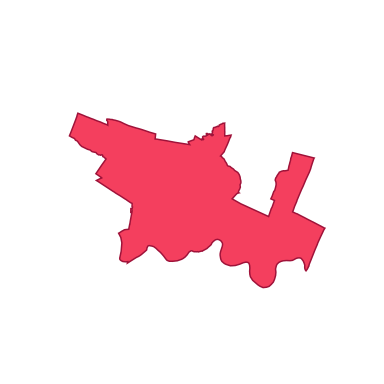 Doljesti, Neamt, Romania, rotated 304°
{"feature_id": "2599482B42576561544247", "entity_name": "Doljesti", "entity_type": "district", "adm_level": 2, "iso_a3": "ROU", "parent_name": "Romania", "parent_adm1": "Neamt", "projection": "mercator", "projection_center": [26.991, 47.029], "detail": "fine", "context": "isolated", "style": "filled", "palette": "rose", "viewbox_px": 384, "rotation_deg": 304, "n_neighbors": 0, "source": "geoboundaries", "source_scale": "gbopen_adm2", "svg_char_len": 6012}
<svg xmlns="http://www.w3.org/2000/svg" viewBox="0 0 384 384"><g transform="rotate(304 192 192)"><path d="M288.5,274.3L280.9,253.3L276.9,254.7L276.2,254.8L275.6,255.0L275.1,255.1L273.3,256.0L270.2,257.0L269.9,257.2L267.9,257.8L263.8,259.5L261.5,257.2L260.8,256.0L259.4,254.7L257.2,253.3L255.9,253.5L255.4,253.4L253.4,253.4L252.9,253.4L252.2,253.6L250.4,253.6L249.1,254.0L248.3,254.4L247.4,255.7L247.0,256.2L245.5,257.4L244.1,258.1L241.7,259.0L239.5,259.7L238.2,259.5L233.2,260.8L230.4,261.2L231.1,265.1L224.1,266.9L222.6,267.0L214.5,269.2L214.0,266.2L209.5,239.0L209.0,232.6L208.8,229.1L214.6,229.9L215.6,230.1L216.5,230.5L217.6,231.5L217.6,231.1L217.7,230.6L218.8,230.2L219.6,230.0L221.1,229.9L222.1,229.6L223.0,229.4L223.5,229.0L224.8,227.8L226.7,227.5L227.4,227.1L228.5,226.3L230.0,224.6L231.3,223.5L232.7,221.6L233.4,220.1L233.7,219.3L233.8,218.8L233.7,215.3L234.2,213.6L234.2,212.8L234.2,210.6L234.4,209.5L234.4,209.1L233.8,207.7L233.7,207.3L233.8,206.7L233.9,206.3L234.3,205.8L234.9,204.9L235.4,203.9L235.9,202.5L237.2,200.3L237.3,199.9L237.4,199.4L237.4,197.9L237.8,197.1L237.9,196.7L237.9,196.0L237.8,195.5L243.4,196.2L243.6,196.1L245.8,195.6L250.9,194.8L254.3,194.1L257.6,193.3L259.5,193.2L260.1,192.8L261.0,192.6L260.4,191.9L259.5,190.9L258.8,190.2L258.0,189.4L257.8,189.0L256.8,187.8L259.1,186.2L259.5,186.0L260.3,185.5L260.4,185.3L263.7,183.1L264.6,182.4L266.9,180.8L267.4,180.6L267.0,180.1L266.7,179.9L266.6,179.6L266.2,179.1L264.9,178.6L264.0,177.8L262.8,177.3L262.7,177.2L262.3,177.4L261.4,177.4L261.0,177.2L260.9,177.1L260.9,176.5L260.3,176.1L259.9,176.0L259.4,175.5L258.4,175.0L258.3,174.9L258.1,174.5L257.9,174.2L257.7,174.2L257.4,174.0L256.9,174.0L256.6,174.1L255.9,174.5L255.4,174.7L254.7,174.9L253.7,174.7L253.4,175.4L253.1,175.6L251.5,175.9L251.1,176.3L251.1,176.6L251.4,177.3L251.4,177.6L251.1,177.7L250.7,177.7L250.2,177.5L249.7,176.8L249.7,176.4L249.8,175.8L250.4,175.1L250.4,174.9L249.9,174.5L249.8,174.3L249.9,174.0L249.3,173.8L249.1,173.5L249.2,172.9L249.2,172.5L248.8,172.6L248.4,173.0L247.8,173.1L247.7,172.9L247.7,172.6L247.8,172.4L248.5,171.7L248.6,171.3L248.5,171.2L248.3,171.3L247.7,171.9L246.9,172.3L246.2,172.3L246.0,172.1L245.4,171.4L245.0,170.6L244.8,170.4L244.1,170.0L243.5,170.0L243.0,170.7L242.8,171.0L242.5,171.1L242.4,171.1L242.2,170.9L242.1,170.7L241.8,170.6L241.7,170.8L241.7,171.1L241.8,171.3L242.2,171.8L242.2,172.1L241.7,172.1L241.3,171.5L241.0,171.1L240.6,171.0L240.4,167.3L240.3,163.3L238.0,163.8L237.0,164.2L236.3,164.3L231.5,160.8L231.1,161.2L230.0,163.6L223.7,150.2L220.6,143.0L217.0,135.2L216.3,133.6L215.3,131.8L219.8,129.4L217.7,122.9L217.5,122.0L215.7,115.5L214.4,111.4L214.0,110.4L211.5,102.2L210.7,97.7L210.2,94.0L210.0,93.0L209.6,91.5L208.6,88.4L207.7,86.3L207.6,85.6L207.1,84.7L206.7,84.1L206.0,82.5L204.9,80.7L204.1,81.0L203.7,81.3L203.4,82.5L202.9,83.1L202.4,83.3L200.3,84.8L200.3,84.2L199.3,79.8L198.8,76.8L197.8,73.1L197.1,69.5L196.6,67.6L196.2,65.8L195.8,63.8L195.5,62.9L194.7,58.7L193.5,53.3L191.3,53.9L190.3,54.3L185.9,55.4L173.4,58.3L170.0,59.0L170.2,62.1L170.6,64.3L170.4,65.3L169.9,66.1L169.8,66.8L170.1,67.5L169.9,69.0L168.5,72.7L168.1,75.1L169.0,81.5L169.9,84.3L169.6,85.7L169.6,86.7L170.0,87.7L170.5,89.0L171.0,90.1L171.0,90.5L170.7,91.2L170.5,91.8L170.6,92.6L170.5,93.6L170.7,94.1L171.3,94.9L171.4,95.3L171.4,95.7L171.5,95.9L171.8,96.0L172.5,96.4L172.6,96.9L172.4,97.6L171.7,98.0L171.5,98.3L171.7,99.5L171.4,101.0L171.6,101.7L171.2,102.3L163.5,102.1L154.8,102.1L153.4,102.1L153.4,104.8L153.3,107.9L153.4,109.0L153.3,109.3L153.1,109.4L152.3,108.7L148.1,106.3L148.2,108.5L148.4,126.3L148.5,127.8L148.4,129.1L148.6,133.0L148.7,134.2L148.7,135.0L148.8,140.9L148.9,141.4L148.8,143.0L148.8,147.2L148.9,147.8L149.0,148.3L149.1,148.5L149.0,148.8L146.3,150.5L146.1,150.8L146.2,151.1L144.5,151.8L144.3,150.9L144.1,150.6L141.1,152.5L142.5,153.1L133.6,157.0L130.5,158.5L130.4,158.4L125.7,160.4L124.0,158.3L123.2,157.4L122.6,156.9L122.0,156.7L120.2,155.7L117.7,154.7L116.8,154.2L114.5,158.4L110.6,162.3L103.3,166.4L96.7,169.1L95.8,169.9L95.5,170.9L95.5,172.1L95.7,173.5L96.4,174.9L97.2,176.3L98.3,177.6L96.9,178.2L106.7,182.5L108.5,183.6L109.5,184.1L111.8,185.0L116.5,186.3L118.5,186.8L119.5,186.4L120.3,186.0L122.1,185.7L122.9,185.8L123.3,186.1L123.7,186.6L124.8,189.1L125.3,190.9L125.2,193.7L124.7,196.3L124.3,199.6L123.7,202.0L123.0,204.5L122.0,207.3L121.5,208.9L121.4,209.6L121.6,210.6L121.9,211.9L123.6,214.5L126.8,218.3L130.4,221.0L131.7,221.7L134.1,222.6L137.1,223.1L140.4,223.1L141.2,223.4L142.7,224.1L143.1,224.6L143.3,225.4L143.4,226.4L143.8,227.4L144.6,228.5L145.1,229.4L145.8,230.1L145.8,230.7L148.3,232.9L148.7,233.6L149.1,233.6L149.3,233.8L153.5,236.0L155.5,236.4L157.2,236.9L159.0,237.3L161.0,237.0L163.0,237.3L165.6,238.2L167.0,239.6L167.6,241.2L167.7,243.1L166.9,245.4L166.3,246.1L165.4,246.8L163.9,247.5L158.6,249.0L156.7,249.8L155.4,250.6L153.2,252.6L152.3,253.6L151.6,254.7L151.2,255.6L151.1,256.3L150.8,258.7L151.0,260.5L151.5,262.3L152.3,265.1L153.5,266.7L155.3,269.0L158.8,271.9L162.1,274.1L164.1,276.0L164.9,277.8L164.7,279.2L163.4,280.8L161.3,282.5L158.5,284.1L156.1,286.0L154.4,287.8L152.7,291.7L151.9,298.4L151.9,301.1L152.5,304.4L154.8,307.1L156.9,308.7L159.7,309.4L162.8,309.8L165.9,309.2L169.5,308.0L172.4,306.4L174.9,304.3L177.3,303.4L178.6,303.0L179.9,302.9L182.2,303.4L184.1,304.5L185.9,306.0L188.0,308.6L189.9,311.7L191.5,313.5L192.9,314.3L195.2,315.5L196.4,316.5L197.0,317.2L197.7,318.3L198.0,319.5L197.7,320.8L197.0,322.8L195.9,324.5L194.4,326.4L192.5,327.6L191.4,328.6L190.6,329.8L190.4,330.6L192.6,330.7L195.0,330.4L194.9,330.3L197.0,329.9L197.6,329.6L201.4,328.8L213.2,326.2L218.6,325.2L219.9,324.8L227.0,323.6L231.7,322.9L234.0,322.5L236.3,322.4L236.2,322.1L236.1,321.3L235.2,312.9L234.0,303.0L233.6,299.2L233.4,297.7L232.8,292.6L232.8,291.8L232.3,290.1L231.8,286.5L233.4,286.2L237.4,285.1L242.7,284.1L243.8,283.7L247.8,282.9L251.8,282.1L255.4,281.4L258.8,280.9L265.8,279.5L274.0,278.2L277.5,277.4L279.8,276.6L284.3,275.3L288.0,274.3L288.5,274.3Z" fill="#f43f5e" stroke="#9f1239" stroke-width="1.5"/></g></svg>